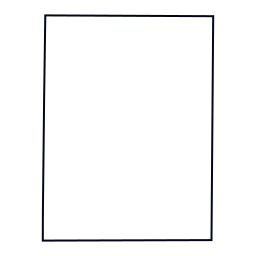 outline of Hamilton, Illinois, United States of America
{"feature_id": "52423323B64149678111628", "entity_name": "Hamilton", "entity_type": "district", "adm_level": 2, "iso_a3": "USA", "parent_name": "United States of America", "parent_adm1": "Illinois", "projection": "albers", "projection_center": [-88.539, 38.082], "detail": "fine", "context": "isolated", "style": "outline", "palette": "ink", "viewbox_px": 256, "rotation_deg": 0, "n_neighbors": 0, "source": "geoboundaries", "source_scale": "gbopen_adm2", "svg_char_len": 217}
<svg xmlns="http://www.w3.org/2000/svg" viewBox="0 0 256 256"><path d="M211.5,240.1L211.5,239.6L213.2,16.2L45.3,15.4L44.1,100.0L42.9,212.2L42.8,240.6L211.5,240.1Z" fill="none" stroke="#020617" stroke-width="2"/></svg>